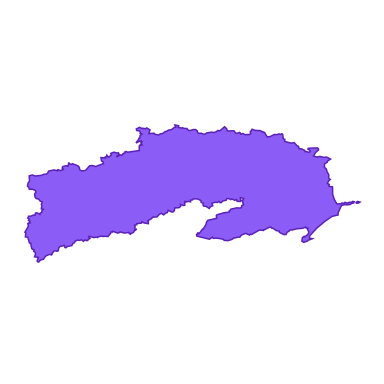 Tha Mai, Chanthaburi, Thailand, rotated 269°
{"feature_id": "78962969B20525991474584", "entity_name": "Tha Mai", "entity_type": "district", "adm_level": 2, "iso_a3": "THA", "parent_name": "Thailand", "parent_adm1": "Chanthaburi", "projection": "equal_earth", "projection_center": [101.972, 12.718], "detail": "fine", "context": "isolated", "style": "filled", "palette": "violet", "viewbox_px": 384, "rotation_deg": 269, "n_neighbors": 0, "source": "geoboundaries", "source_scale": "gbopen_adm2", "svg_char_len": 6044}
<svg xmlns="http://www.w3.org/2000/svg" viewBox="0 0 384 384"><g transform="rotate(269 192 192)"><path d="M125.8,35.9L124.7,36.8L124.7,37.6L126.6,39.3L127.4,42.4L130.4,44.4L131.9,47.8L132.1,49.0L131.5,50.1L131.9,50.9L132.8,50.9L135.3,53.0L135.6,54.1L135.1,56.1L135.6,57.3L138.5,57.8L140.1,59.4L140.1,61.2L140.9,63.3L138.7,64.0L138.5,65.2L139.7,66.4L140.5,70.9L142.5,71.9L143.4,73.6L144.8,74.4L145.9,76.5L145.6,79.0L146.1,80.4L145.7,81.5L144.5,82.5L146.0,84.1L145.2,85.6L145.4,87.0L146.3,87.2L147.3,89.2L149.0,87.9L149.5,88.3L148.1,93.4L148.6,95.5L148.1,96.8L148.9,97.7L149.5,101.2L149.0,102.2L149.3,103.8L148.9,107.2L152.3,110.1L153.2,110.0L153.6,110.8L153.3,111.8L154.1,112.2L152.2,116.9L152.7,118.8L153.4,119.3L152.1,123.6L152.7,128.2L151.4,128.6L150.9,129.7L151.4,129.8L152.6,132.8L153.7,133.3L155.5,135.6L155.9,135.4L155.6,134.1L158.6,134.5L159.9,134.1L160.2,136.1L161.3,136.1L161.8,141.0L163.2,141.4L161.9,143.4L161.1,147.8L163.1,147.9L164.0,147.2L166.3,151.4L167.5,151.9L167.7,156.6L170.4,159.1L171.2,161.0L169.6,163.2L171.4,165.4L171.8,166.9L174.1,167.9L172.4,171.2L172.3,172.6L173.8,174.1L176.4,174.5L176.5,178.7L177.8,180.4L179.8,180.2L178.7,182.9L178.8,184.5L182.6,184.5L182.8,185.3L182.1,185.9L182.7,188.1L182.2,190.4L183.9,190.4L184.1,192.4L185.1,193.1L185.0,197.4L183.3,200.7L181.4,201.0L180.5,203.1L178.7,202.8L177.7,203.4L177.4,205.8L175.2,209.0L176.8,210.0L177.9,212.5L180.4,211.6L181.3,214.8L181.1,217.4L182.1,218.7L180.9,219.9L180.9,220.9L182.6,222.9L183.1,225.9L184.8,226.8L184.7,229.0L183.7,230.6L184.3,231.4L184.2,232.2L182.9,234.6L183.7,236.3L181.9,237.0L181.6,240.2L181.9,240.7L185.5,240.2L185.0,242.8L184.4,243.7L182.6,242.0L182.3,242.7L180.4,242.6L178.4,243.3L177.4,241.4L175.5,241.2L175.1,239.3L175.4,236.6L174.2,230.6L172.8,229.7L172.5,228.9L171.2,228.7L170.7,223.7L168.8,216.6L168.1,215.9L165.3,216.2L163.4,207.4L161.8,206.0L159.5,205.5L154.5,202.4L154.7,201.8L150.6,198.7L151.1,197.2L150.3,196.6L149.9,197.2L149.3,195.8L147.8,196.1L144.5,208.6L146.5,211.7L145.5,212.2L145.2,213.1L145.5,214.5L145.0,218.7L144.2,222.3L143.1,223.4L142.7,227.1L143.9,231.1L145.6,233.4L145.3,234.2L146.1,237.2L146.0,239.0L148.0,240.6L149.7,244.8L147.9,248.8L148.8,249.6L148.5,250.9L152.5,258.2L152.8,259.5L152.3,262.8L153.0,263.0L153.1,264.0L155.3,268.5L155.6,270.2L154.5,270.9L154.1,272.7L151.9,275.6L151.4,278.6L150.3,278.6L149.5,279.7L147.7,283.5L148.1,283.9L147.8,285.2L150.2,286.5L151.0,288.2L152.1,289.1L152.5,290.4L152.2,291.5L153.3,295.4L153.8,301.9L154.9,305.1L154.2,305.2L153.7,307.3L153.0,306.7L149.7,308.2L147.9,307.3L145.9,305.2L145.7,303.7L145.2,303.8L145.4,302.9L144.5,301.6L140.9,301.0L139.7,302.8L140.8,306.3L141.7,307.3L143.2,311.5L143.8,308.7L145.3,308.6L146.5,309.3L153.8,316.3L160.0,323.9L165.2,331.6L166.5,337.7L168.6,337.7L175.9,341.2L176.7,344.6L176.4,346.5L176.8,350.1L178.0,351.7L178.1,353.5L179.5,354.0L179.8,352.5L178.9,351.2L179.0,349.1L178.2,347.2L179.0,344.8L178.0,343.7L178.4,341.7L177.6,340.3L177.5,337.5L177.8,336.5L182.0,334.2L187.2,332.6L194.7,332.6L195.2,329.4L195.6,328.9L197.2,329.4L198.1,327.5L200.3,328.6L202.2,330.5L202.7,329.4L203.8,328.9L206.8,329.1L209.6,327.5L212.0,326.9L213.3,326.2L214.1,324.9L217.8,325.0L219.4,327.7L220.4,327.9L222.5,331.1L224.6,327.2L224.3,324.4L225.3,320.7L224.8,317.1L225.9,314.1L229.5,316.4L231.8,319.2L233.2,319.1L233.9,318.2L233.7,309.1L232.9,308.6L231.4,310.7L230.3,310.8L229.6,309.1L230.5,307.2L230.3,305.8L231.7,305.4L233.2,302.2L233.5,299.8L235.7,299.3L236.7,297.5L239.6,295.1L239.1,291.9L241.0,285.6L243.0,285.7L243.6,284.2L247.9,283.7L248.7,283.0L248.0,281.3L248.6,280.0L247.9,278.1L248.0,275.1L246.1,271.2L245.8,268.1L250.3,265.6L250.3,264.2L251.1,263.9L251.2,262.7L252.2,261.5L252.5,256.5L253.7,253.1L252.2,252.4L251.5,251.3L249.3,251.7L248.9,251.2L248.5,250.3L248.4,246.0L249.6,243.8L249.0,241.6L250.3,241.2L250.8,240.4L250.0,238.8L250.2,236.6L252.5,235.0L252.4,229.1L253.2,228.0L254.6,227.8L256.7,225.7L252.6,220.8L253.1,218.9L251.8,217.3L251.1,215.0L251.5,212.4L250.8,207.6L249.7,206.2L249.7,204.3L250.6,202.4L250.5,199.6L251.9,198.5L253.1,198.3L254.4,196.7L254.4,194.2L253.4,190.8L253.8,189.5L255.6,188.0L255.7,184.9L256.5,183.7L256.1,182.7L256.8,179.4L258.5,179.8L259.3,176.0L257.0,176.8L256.6,175.1L254.6,172.3L254.4,169.7L252.9,167.2L253.0,166.4L251.2,164.1L250.7,161.5L249.5,159.2L250.6,155.5L251.4,155.1L251.2,149.9L254.8,151.1L256.9,147.9L256.1,146.7L256.6,143.8L256.2,143.4L257.6,140.7L255.9,137.4L254.4,137.8L254.0,140.6L252.8,141.4L251.5,141.1L250.8,143.0L249.3,141.0L246.8,140.8L246.6,139.8L245.8,139.7L242.6,137.2L242.2,137.5L243.7,140.5L244.0,142.3L243.2,142.9L242.2,141.7L239.9,142.9L240.2,141.1L239.5,141.1L238.9,140.0L234.4,140.1L232.9,128.2L233.6,127.0L233.5,125.8L232.3,125.8L232.0,124.4L231.2,124.2L231.2,123.2L229.8,122.5L230.4,120.8L228.5,117.8L229.2,117.5L231.0,119.8L232.6,119.1L232.2,118.0L233.2,114.5L232.0,111.4L230.6,112.0L228.6,109.8L228.5,108.8L230.3,107.5L228.4,106.8L228.4,105.8L227.6,106.0L228.0,101.6L224.7,102.0L223.6,103.7L222.0,104.0L219.2,96.2L220.2,92.7L220.0,90.1L215.8,86.2L215.2,85.1L215.0,82.2L215.6,81.0L216.4,80.0L218.6,79.8L220.2,78.4L222.4,72.8L221.7,72.3L221.9,70.7L223.2,69.5L223.1,69.1L220.1,68.7L220.5,66.4L219.6,63.2L218.1,62.6L217.0,63.8L216.0,62.5L216.2,62.0L215.6,61.2L216.7,58.3L216.2,57.7L215.5,57.8L216.5,54.6L215.4,48.9L213.9,48.3L212.3,46.7L212.4,44.3L211.3,41.9L210.7,35.6L211.8,32.7L211.0,29.5L205.6,29.7L204.0,28.3L200.7,27.6L199.5,28.9L197.5,29.4L197.5,32.9L196.2,35.5L194.6,35.9L192.8,34.6L189.8,35.0L188.2,36.0L187.6,38.6L185.7,39.9L184.7,42.1L182.2,41.1L180.8,41.6L177.8,41.0L177.3,43.0L176.2,41.7L174.4,41.4L173.3,39.7L172.3,39.6L173.9,36.7L173.7,35.1L171.6,34.8L171.7,33.0L170.6,30.3L170.7,28.3L168.8,27.3L167.8,28.8L166.6,28.0L165.7,29.5L164.7,28.7L163.9,29.5L163.4,27.3L160.6,27.8L154.7,24.2L154.0,25.1L150.0,24.6L149.6,27.0L143.8,28.6L143.8,29.8L138.4,30.7L137.5,31.5L137.0,33.1L135.4,32.7L134.5,34.3L132.3,34.4L130.0,33.4L129.3,37.2L125.8,35.9ZM178.8,355.9L177.9,356.2L178.1,358.4L179.0,359.8L179.7,357.5L178.8,355.9Z" fill="#8b5cf6" stroke="#5b21b6" stroke-width="1.5"/></g></svg>